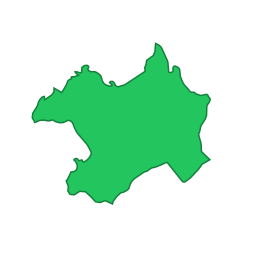 Gaoual, Mercator projection, rotated 327°
{"feature_id": "GIN-5639", "entity_name": "Gaoual", "entity_type": "Prefecture", "adm_level": 1, "iso_a3": "GIN", "parent_name": "Guinea", "parent_adm1": "", "projection": "mercator", "projection_center": [-13.344, 11.72], "detail": "fine", "context": "isolated", "style": "filled", "palette": "green", "viewbox_px": 256, "rotation_deg": 327, "n_neighbors": 0, "source": "natural_earth", "source_scale": "10m", "svg_char_len": 2921}
<svg xmlns="http://www.w3.org/2000/svg" viewBox="0 0 256 256"><g transform="rotate(327 128 128)"><path d="M73.4,58.9L81.9,58.8L85.6,57.4L87.7,54.2L91.1,60.9L91.3,62.0L92.8,61.7L100.5,57.9L102.4,56.2L103.4,55.7L104.5,55.5L107.6,55.8L108.1,54.5L108.9,54.4L110.5,55.6L115.2,56.8L114.0,53.2L114.3,52.0L115.6,52.9L116.6,54.2L117.9,55.6L119.3,56.2L122.3,52.1L123.7,52.0L125.2,51.8L127.8,53.1L128.6,54.8L127.8,56.0L126.8,56.3L126.2,56.9L126.5,58.9L127.5,60.6L128.9,61.4L130.6,62.6L131.8,64.0L132.7,66.0L133.4,68.0L133.5,70.0L132.2,74.4L132.0,76.5L132.3,78.4L133.3,80.3L134.2,81.5L135.3,82.8L136.6,83.6L138.1,83.4L138.1,82.5L137.4,80.9L137.3,79.7L138.8,79.5L140.5,80.6L141.0,82.1L140.9,83.9L140.7,85.7L141.0,86.5L142.1,88.1L144.7,88.8L148.8,90.0L173.2,89.8L174.9,86.5L177.9,84.4L180.5,81.4L188.8,81.0L192.3,78.5L195.1,74.8L197.2,72.1L199.0,75.1L199.6,77.3L199.8,78.1L199.8,79.1L197.7,93.0L197.1,94.9L192.8,102.9L192.8,103.7L193.3,104.4L194.2,104.8L195.1,105.0L195.8,105.2L196.5,104.9L197.1,104.3L198.2,102.4L198.9,101.7L199.6,101.3L200.5,101.3L201.1,101.6L201.6,102.1L202.4,103.5L203.1,104.9L203.2,105.9L203.2,106.8L203.0,107.4L200.0,113.2L198.8,119.3L198.7,122.5L199.6,127.8L199.7,130.1L199.9,131.1L200.1,131.8L200.4,132.4L200.9,132.8L202.1,133.4L202.6,133.8L203.2,134.9L203.7,136.2L203.9,136.9L204.2,137.5L205.0,138.0L205.2,138.4L205.5,138.8L205.8,139.3L206.3,139.8L206.8,140.2L207.3,140.6L211.8,142.4L212.4,142.7L212.7,143.4L212.8,144.2L212.5,145.7L212.6,146.5L212.8,147.2L212.8,147.9L212.5,148.8L211.2,149.9L210.3,150.5L207.5,151.7L206.4,152.4L205.6,153.2L200.6,160.4L197.8,162.5L190.5,165.9L190.0,166.2L187.0,169.2L185.4,170.6L184.8,170.9L184.3,171.2L183.7,172.2L183.0,173.7L181.1,180.0L179.8,182.7L177.4,186.6L176.8,187.9L179.4,199.2L170.4,198.7L169.2,199.3L164.3,201.1L153.3,203.8L146.8,204.2L146.0,204.1L144.7,203.1L144.5,202.5L142.1,178.2L140.2,177.6L139.6,177.4L138.3,177.4L130.7,176.0L125.6,174.3L120.0,174.6L119.2,174.1L118.2,173.8L116.9,173.7L105.9,174.0L104.0,174.3L102.1,174.9L99.0,176.5L97.7,177.6L96.7,178.5L96.0,179.1L94.9,179.5L92.8,179.7L91.3,179.6L89.0,179.3L88.3,179.1L87.8,178.8L87.2,178.6L86.2,178.5L81.4,179.3L75.5,181.4L73.6,183.3L69.3,176.5L64.0,175.3L60.6,172.2L59.5,165.7L57.6,158.3L53.0,154.8L46.6,154.8L43.2,152.1L43.2,148.2L46.2,144.4L47.3,138.8L49.7,137.9L55.1,134.6L56.1,133.8L58.8,135.2L61.4,135.1L63.6,133.8L65.2,131.4L65.5,130.1L65.8,127.2L65.2,125.7L65.6,125.0L67.5,125.1L68.6,125.9L69.0,128.5L70.1,129.1L71.9,129.6L72.0,130.5L71.7,131.4L72.5,132.4L75.0,132.7L78.3,132.1L81.3,130.9L83.3,129.4L84.0,127.7L84.6,122.2L84.7,119.8L82.7,104.6L83.1,99.3L84.2,94.1L84.1,91.6L82.7,89.5L81.5,88.9L77.0,88.2L75.0,87.3L73.5,86.3L70.7,83.2L70.0,81.9L69.7,80.9L69.1,80.2L65.7,79.0L64.4,78.1L61.9,75.7L59.5,74.2L57.0,73.3L53.7,72.9L52.7,72.4L53.2,71.0L53.2,68.2L53.5,66.9L56.3,63.7L64.0,60.1L67.0,57.6L69.4,56.2L72.9,55.3L75.0,56.0L73.4,58.9Z" fill="#22c55e" stroke="#15803d" stroke-width="1.5"/></g></svg>